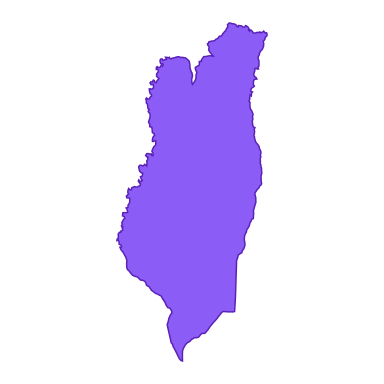 Campo Alegre de Goiás, Goiás, Brazil (Equal Earth projection), rotated 180°
{"feature_id": "56859067B15808478056218", "entity_name": "Campo Alegre de Goiás", "entity_type": "district", "adm_level": 2, "iso_a3": "BRA", "parent_name": "Brazil", "parent_adm1": "Goiás", "projection": "equal_earth", "projection_center": [-47.758, -17.534], "detail": "fine", "context": "isolated", "style": "filled", "palette": "violet", "viewbox_px": 384, "rotation_deg": 180, "n_neighbors": 0, "source": "geoboundaries", "source_scale": "gbopen_adm2", "svg_char_len": 6068}
<svg xmlns="http://www.w3.org/2000/svg" viewBox="0 0 384 384"><g transform="rotate(180 192 192)"><path d="M264.1,136.8L263.0,134.3L260.6,131.2L258.2,126.8L257.1,123.6L257.4,120.6L257.2,116.4L256.6,114.5L255.0,113.1L253.9,111.7L252.9,110.3L251.5,108.8L249.2,107.7L246.5,107.0L244.7,105.1L243.1,103.8L242.2,103.8L240.6,103.5L239.4,102.8L238.5,101.7L237.4,98.7L236.0,97.8L234.8,97.3L234.0,95.8L233.3,95.1L232.7,93.8L228.2,90.5L226.2,89.8L224.6,88.8L223.1,88.2L222.2,86.9L221.6,85.5L219.1,81.9L217.9,79.0L216.2,76.4L214.2,75.9L212.3,73.1L212.2,70.9L213.6,69.2L214.7,66.7L215.2,65.4L215.8,62.3L216.4,60.8L216.8,59.1L212.8,41.3L211.5,39.7L210.8,37.4L208.6,33.4L206.0,28.0L204.6,25.2L203.0,23.5L201.5,23.0L201.6,28.3L201.5,32.7L201.1,34.4L199.4,37.9L198.5,39.2L197.3,40.8L193.9,42.8L192.4,44.7L190.9,45.3L189.8,46.3L187.5,46.3L185.7,46.7L184.9,47.4L183.4,49.4L182.1,50.5L179.1,50.7L175.9,54.4L173.9,57.5L173.1,58.4L172.3,59.5L171.4,60.4L170.7,61.5L169.2,62.9L166.3,66.3L165.7,67.4L164.4,68.8L163.4,70.2L161.4,72.3L160.3,72.5L159.1,72.4L157.0,72.2L151.1,72.1L149.4,72.5L148.6,85.8L148.5,88.4L147.4,123.7L146.5,125.7L145.7,129.1L144.4,129.8L143.6,130.6L142.3,131.1L141.5,133.6L140.2,135.2L139.6,137.0L139.0,139.0L139.3,142.2L139.7,144.3L139.7,145.9L139.4,148.0L138.7,150.2L137.5,152.1L137.5,153.6L137.0,154.7L136.2,155.6L135.0,157.7L134.3,159.7L134.0,161.4L133.1,162.4L132.7,163.7L131.9,165.0L130.7,165.4L130.4,169.8L130.4,171.7L130.6,173.0L129.4,177.5L128.5,180.5L128.1,181.8L128.2,183.2L128.2,186.3L128.9,188.8L129.1,190.9L126.7,194.6L125.7,195.5L125.0,196.3L124.2,198.2L123.0,199.0L122.4,200.3L122.6,201.8L122.9,203.8L122.9,206.6L123.0,208.2L122.5,209.4L122.2,211.3L122.4,212.7L122.5,215.9L123.0,217.5L123.3,219.8L123.9,221.0L123.5,222.9L123.8,224.4L123.7,225.7L123.1,227.4L123.7,228.6L123.2,230.3L123.1,231.8L123.6,233.8L124.4,234.7L124.9,237.4L125.9,239.1L128.0,241.5L128.7,243.3L129.3,245.2L129.5,247.1L130.2,248.5L129.7,249.9L129.5,251.4L129.4,252.8L129.8,254.8L129.0,256.3L130.2,256.9L131.2,258.2L131.7,262.9L131.1,265.0L131.5,266.8L130.9,269.8L131.7,271.6L132.4,273.4L133.8,275.5L134.0,277.7L134.1,279.4L134.0,281.6L135.0,282.9L134.3,284.7L134.2,286.8L133.9,289.1L132.7,288.1L132.4,290.9L131.6,292.1L132.9,292.3L133.2,294.1L132.7,295.4L131.8,296.3L130.7,296.9L129.6,297.9L130.7,299.5L130.6,301.1L130.4,303.4L129.3,304.7L127.2,304.9L127.7,306.2L129.1,307.3L130.1,308.3L130.2,309.9L129.7,311.6L129.1,313.5L129.1,315.5L128.0,315.7L126.7,314.9L125.5,315.1L126.1,316.4L125.1,317.9L125.0,320.6L125.1,323.7L125.9,325.0L125.8,327.2L124.9,328.8L124.3,331.3L123.1,333.2L121.6,334.8L120.4,338.0L120.3,340.2L120.7,342.9L119.6,343.9L119.0,345.0L118.7,346.7L117.1,348.1L116.9,349.5L117.4,351.2L118.9,351.1L120.3,352.9L121.1,352.1L122.3,351.6L123.4,351.2L124.2,352.1L125.2,351.6L127.0,351.6L129.1,350.9L130.7,351.1L131.5,352.4L132.6,353.7L134.2,354.2L134.4,352.9L135.5,353.8L135.0,355.4L135.8,356.7L137.3,358.0L138.5,358.4L139.3,357.0L140.3,356.7L141.3,357.1L142.6,358.2L144.4,358.4L145.7,358.5L145.9,357.1L147.4,357.8L148.1,359.3L149.3,359.9L150.6,360.2L152.0,360.3L153.7,361.0L155.0,360.9L156.5,359.3L156.2,357.3L157.5,355.3L158.3,353.3L159.3,352.6L160.2,351.4L161.2,350.3L162.4,348.3L163.4,347.7L164.6,347.8L165.4,346.7L166.3,345.5L168.0,344.8L169.4,343.4L170.3,343.1L171.4,342.9L172.6,342.9L173.9,342.5L175.3,342.0L175.7,340.6L176.6,340.1L176.2,338.8L175.0,337.3L175.0,336.0L175.4,334.1L174.0,331.6L172.3,329.6L170.9,327.9L173.0,328.2L174.8,328.2L178.2,327.5L180.3,327.4L182.7,323.8L182.7,322.6L184.7,322.5L184.7,318.9L185.7,318.3L188.0,317.1L188.8,316.2L188.6,314.9L187.7,312.7L187.1,311.6L188.0,309.0L187.9,306.9L188.5,304.2L189.2,302.9L191.5,299.6L192.1,301.0L192.3,304.0L192.2,305.3L191.7,307.1L191.5,308.7L192.1,311.3L192.8,312.3L194.1,316.4L194.0,317.9L194.3,320.6L194.7,322.3L195.2,323.4L198.6,326.2L200.0,326.2L201.3,326.7L203.1,326.5L205.1,327.3L206.9,327.1L208.0,326.8L209.4,326.3L211.8,325.8L212.7,325.2L214.1,325.5L214.6,326.7L215.6,326.3L217.4,326.7L218.5,326.7L217.5,324.7L219.3,324.3L221.0,323.6L221.7,325.0L223.2,325.0L224.0,323.7L223.7,321.2L222.6,319.7L221.4,320.3L220.8,319.2L221.5,317.8L223.0,318.3L224.0,316.7L225.6,316.4L226.8,317.4L227.6,316.7L227.7,314.6L226.7,314.8L225.7,314.0L226.0,311.8L227.4,310.2L227.4,307.6L226.4,306.8L225.1,305.4L226.8,303.5L227.8,301.3L229.2,301.7L229.6,303.5L230.7,303.9L231.6,302.0L233.3,302.1L234.0,301.1L232.9,299.3L232.0,299.4L230.8,299.6L230.4,297.1L231.1,295.4L232.4,294.8L233.4,295.2L234.7,295.2L234.5,292.7L233.8,290.4L232.6,289.5L232.4,287.9L233.8,286.9L234.8,285.0L236.2,284.8L237.4,286.1L238.2,285.1L237.6,282.7L237.7,281.1L236.5,279.7L236.4,277.9L236.0,275.3L234.7,274.5L235.8,272.6L235.3,271.5L234.3,270.8L233.9,269.3L234.0,266.6L235.5,261.9L234.1,259.2L234.3,257.3L232.3,256.8L231.9,254.8L231.6,251.4L229.9,250.3L229.4,248.5L230.3,247.9L231.1,246.6L231.6,244.3L231.6,242.7L230.7,242.4L229.3,243.2L228.4,243.2L228.2,241.5L228.4,238.9L230.4,237.0L231.4,234.7L232.1,232.9L230.9,230.6L230.9,228.4L232.0,228.4L232.8,230.2L233.9,229.8L235.0,230.2L236.1,230.5L237.3,230.3L238.4,228.6L237.1,227.0L236.1,226.9L236.2,225.3L236.5,224.1L237.3,222.9L237.0,221.5L237.3,218.0L239.3,219.7L240.2,218.7L241.3,218.0L242.7,218.8L244.3,218.7L245.4,217.1L244.4,212.8L243.3,211.7L242.4,211.0L241.4,210.8L241.4,209.5L242.1,207.7L243.5,207.3L242.9,205.3L241.7,203.3L243.4,202.4L244.5,203.2L245.2,204.1L245.7,203.0L244.5,201.0L243.6,200.2L243.7,198.7L246.7,197.0L248.0,197.0L249.5,197.4L252.1,196.4L252.8,194.2L254.0,194.1L255.3,195.5L256.0,193.9L256.2,191.4L255.5,190.1L256.5,188.9L257.7,187.9L257.1,186.1L255.5,186.1L254.3,185.6L254.3,182.8L254.4,181.3L256.0,178.7L256.0,176.6L257.9,176.0L257.1,175.0L256.5,173.0L256.3,171.7L257.6,171.3L259.6,171.4L261.1,171.3L261.3,169.8L261.5,168.1L259.7,167.5L259.2,165.7L260.4,164.7L262.2,161.2L261.5,159.7L262.6,158.4L262.3,157.2L261.1,157.0L261.7,155.6L261.4,153.8L262.2,153.1L263.2,152.9L263.3,151.6L264.6,151.7L265.8,150.0L265.6,146.3L266.9,144.8L267.1,143.4L265.7,143.9L265.0,142.1L264.8,139.7L263.1,139.1L262.4,137.2L264.1,136.8Z" fill="#8b5cf6" stroke="#5b21b6" stroke-width="1.5"/></g></svg>